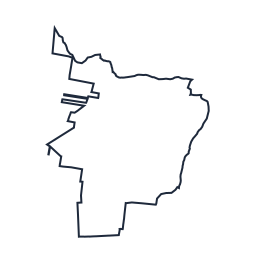 outline of Ciénega de Zimatlán, Oaxaca, Mexico, rotated 265°
{"feature_id": "50627088B24953100637846", "entity_name": "Ciénega de Zimatlán", "entity_type": "district", "adm_level": 2, "iso_a3": "MEX", "parent_name": "Mexico", "parent_adm1": "Oaxaca", "projection": "orthographic", "projection_center": [-96.761, 16.893], "detail": "fine", "context": "isolated", "style": "outline", "palette": "slate", "viewbox_px": 256, "rotation_deg": 265, "n_neighbors": 0, "source": "geoboundaries", "source_scale": "gbopen_adm2", "svg_char_len": 3559}
<svg xmlns="http://www.w3.org/2000/svg" viewBox="0 0 256 256"><g transform="rotate(265 128 128)"><path d="M118.6,45.9L116.5,48.5L108.7,46.4L108.6,46.7L116.4,48.8L105.6,58.6L105.5,59.0L98.9,57.3L98.6,57.2L98.4,57.1L96.0,56.6L95.2,60.1L93.8,68.0L90.9,78.7L78.8,75.8L78.4,78.0L64.9,75.3L57.8,75.1L57.9,71.5L57.9,71.1L45.3,70.6L24.0,69.6L24.0,69.9L24.0,70.7L23.5,75.9L23.3,79.8L23.2,80.0L23.1,82.7L23.1,83.3L22.9,87.1L22.5,98.8L22.4,100.7L22.4,101.1L22.1,109.3L22.1,109.5L23.3,109.8L27.4,110.9L28.1,110.8L28.2,111.4L27.7,113.9L27.9,114.0L28.1,114.0L29.5,114.3L31.0,114.6L32.1,114.8L33.0,115.0L33.7,115.2L34.3,115.3L35.0,115.5L35.7,115.6L36.4,115.8L37.0,115.9L37.6,116.1L41.5,116.8L53.4,119.2L53.3,119.5L53.5,125.3L51.8,135.2L49.2,149.0L50.3,149.6L55.2,150.8L59.3,155.3L59.9,160.3L59.6,165.7L62.3,169.9L64.8,172.0L63.8,173.5L65.1,173.7L66.3,174.2L67.4,174.9L69.6,175.7L71.1,176.0L72.9,176.0L74.9,176.0L77.1,176.4L78.4,177.0L80.8,177.8L83.7,178.8L85.5,179.1L87.1,179.7L89.6,180.2L91.2,181.2L93.8,182.0L94.8,182.7L95.6,183.6L96.2,184.2L96.5,184.8L97.0,185.6L97.5,186.2L99.5,186.5L100.2,187.0L101.0,187.2L101.9,187.8L103.1,187.6L105.0,188.1L108.9,189.8L112.0,192.0L114.0,194.1L116.3,196.4L117.6,196.9L118.8,197.9L119.7,198.7L120.6,200.2L122.7,202.0L123.9,202.6L125.8,203.5L127.8,205.1L130.5,207.3L138.0,209.9L142.2,210.1L144.4,209.9L147.1,209.6L148.0,208.9L148.9,207.2L150.1,205.2L151.1,204.0L152.2,203.5L153.3,203.4L154.5,203.9L154.7,202.9L154.6,201.1L154.7,199.3L155.0,196.5L155.8,194.0L155.7,193.0L157.1,193.7L160.8,193.9L162.9,191.1L164.1,191.7L169.1,194.1L170.6,196.0L172.2,190.2L172.2,188.1L172.8,185.7L174.4,182.7L174.4,181.0L174.2,179.0L173.2,176.9L172.9,174.3L173.8,170.2L173.7,167.0L173.9,162.9L176.3,158.3L176.5,156.8L177.9,154.0L178.8,152.2L179.4,150.4L179.4,148.0L179.9,145.3L180.2,142.7L179.9,141.0L179.2,139.1L178.7,131.3L178.7,130.7L178.7,130.3L178.6,129.3L178.6,128.8L178.6,128.2L178.6,127.7L178.6,127.2L178.7,126.8L178.8,126.4L178.8,125.8L178.8,125.3L178.8,124.9L178.8,124.5L179.0,124.0L179.1,123.5L179.3,123.0L179.6,122.6L179.9,122.2L180.1,121.7L180.5,121.3L181.0,120.9L181.2,120.5L182.5,120.4L183.1,119.9L183.3,119.6L183.7,119.3L184.2,118.9L184.8,118.5L185.2,118.2L185.1,117.6L187.8,117.5L189.2,117.4L189.9,117.1L191.0,117.0L192.5,116.8L193.1,116.6L193.8,116.3L195.2,116.1L195.6,115.7L195.8,115.2L196.1,114.7L196.2,114.2L196.2,113.8L196.3,113.2L196.5,112.6L196.7,111.9L197.0,111.3L197.3,110.7L197.1,110.0L197.2,109.9L197.5,109.5L197.8,109.1L198.1,108.6L198.7,108.2L199.4,107.4L199.7,107.0L200.2,106.5L201.2,106.9L202.4,106.7L203.4,106.5L203.7,106.5L203.6,101.6L202.1,97.7L201.7,94.0L198.9,91.6L196.6,87.7L197.8,83.3L199.5,81.2L205.7,78.9L206.9,76.8L208.5,75.7L210.5,74.5L211.5,74.3L212.6,74.1L213.9,73.9L214.6,73.7L215.4,73.5L215.9,73.4L217.4,72.6L218.0,72.4L218.9,71.1L221.0,70.7L223.4,70.7L224.3,70.2L225.8,67.5L233.9,63.7L230.7,63.1L229.9,63.0L208.9,59.3L204.5,75.2L203.6,77.0L203.2,78.5L203.1,78.9L196.0,77.1L195.1,76.9L186.3,74.6L186.0,74.5L182.0,73.8L175.2,97.7L167.2,94.8L167.0,94.7L165.0,101.9L161.0,101.1L160.5,100.9L163.0,91.2L161.4,90.5L161.5,90.3L167.2,67.4L166.8,67.3L166.6,67.3L166.5,67.2L166.2,67.2L160.6,90.1L160.5,90.3L156.8,88.5L156.8,88.3L162.3,65.3L162.3,65.1L159.5,64.3L154.0,86.2L149.4,79.0L147.9,76.2L148.7,72.6L148.3,72.3L147.8,72.1L147.3,71.9L146.6,71.6L146.2,71.4L145.9,71.2L145.5,71.0L145.1,70.8L144.7,70.6L144.3,70.4L143.9,70.2L143.5,70.1L142.8,69.7L142.4,69.6L142.1,69.4L141.7,69.3L141.3,69.2L140.9,69.1L140.1,68.6L138.2,75.3L133.5,74.2L133.1,74.2L118.6,45.9Z" fill="none" stroke="#1e293b" stroke-width="2"/></g></svg>